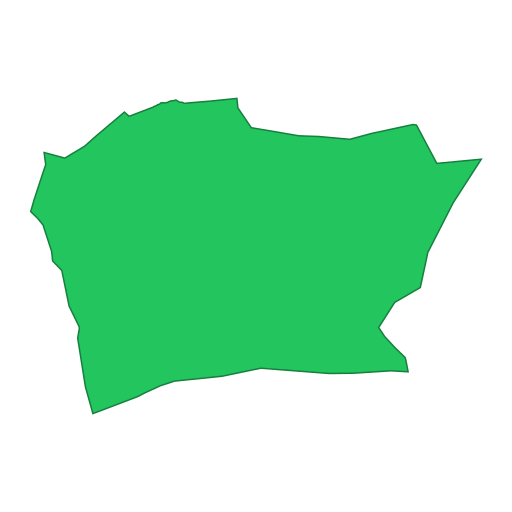 the district of Bogd, Övörhangay, Mongolia
{"feature_id": "93677404B40761087888007", "entity_name": "Bogd", "entity_type": "district", "adm_level": 2, "iso_a3": "MNG", "parent_name": "Mongolia", "parent_adm1": "Övörhangay", "projection": "robinson", "projection_center": [102.15, 44.534], "detail": "fine", "context": "isolated", "style": "filled", "palette": "green", "viewbox_px": 512, "rotation_deg": 0, "n_neighbors": 0, "source": "geoboundaries", "source_scale": "gbopen_adm2", "svg_char_len": 1406}
<svg xmlns="http://www.w3.org/2000/svg" viewBox="0 0 512 512"><path d="M44.1,152.5L45.7,164.7L42.2,175.0L33.9,200.3L30.7,211.6L37.7,218.4L43.1,225.1L51.7,251.7L52.6,260.9L61.8,270.5L69.1,306.1L79.2,326.8L79.3,330.1L78.9,330.8L77.7,338.2L85.4,386.7L92.9,413.6L138.2,396.4L144.8,392.9L160.4,385.7L174.5,381.1L222.3,376.2L260.7,368.2L329.5,373.5L353.5,373.2L391.0,370.8L408.1,371.8L406.1,361.4L405.4,358.3L405.1,357.5L395.0,347.7L384.7,336.6L378.7,327.5L394.7,302.4L420.3,287.5L425.2,264.8L427.8,252.5L453.3,202.6L481.3,159.2L436.8,163.4L416.5,125.1L413.1,124.5L371.7,133.4L349.8,139.3L318.8,136.5L298.9,135.8L251.3,127.7L237.9,107.9L236.9,98.4L211.4,101.0L186.2,103.1L184.9,103.4L184.2,103.3L183.6,103.0L182.4,102.3L181.8,102.3L180.9,102.3L180.2,102.3L179.4,102.1L178.9,101.7L178.5,101.5L178.0,101.4L177.4,100.9L177.0,100.6L176.1,100.1L175.5,100.0L174.9,100.3L174.2,100.5L172.1,100.9L171.4,100.8L170.5,101.1L169.5,101.4L168.9,101.7L168.2,102.0L167.6,102.4L166.9,102.5L166.1,102.6L165.5,102.8L165.0,102.9L164.3,103.0L163.9,103.0L163.5,102.8L163.0,102.6L162.5,102.8L161.7,102.9L160.8,102.9L160.3,103.3L159.9,103.9L159.2,104.3L158.7,104.5L158.3,104.5L157.6,104.6L157.4,104.9L157.1,105.2L156.8,105.4L156.3,105.6L155.8,105.9L155.4,106.1L154.6,106.2L154.1,106.4L153.3,107.2L152.7,107.3L129.1,116.3L124.4,112.1L96.9,135.3L84.6,146.2L64.8,158.1L44.1,152.5Z" fill="#22c55e" stroke="#15803d" stroke-width="1.5"/></svg>